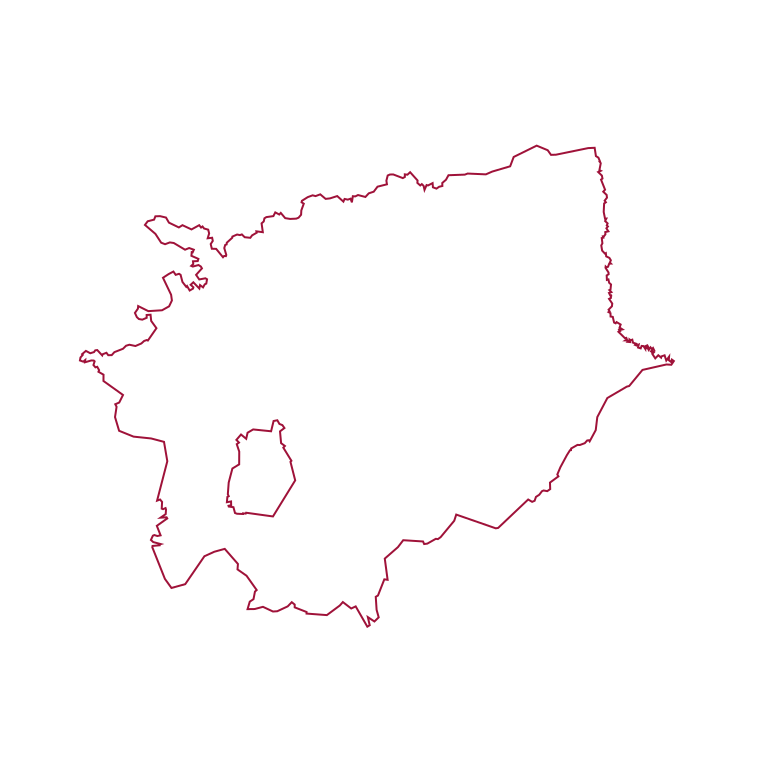 outline of Cesvaines pag., Cesvaines, Latvia, rotated 73°
{"feature_id": "27541924B84614371300280", "entity_name": "Cesvaines pag.", "entity_type": "district", "adm_level": 2, "iso_a3": "LVA", "parent_name": "Latvia", "parent_adm1": "Cesvaines", "projection": "albers", "projection_center": [26.258, 57.009], "detail": "fine", "context": "isolated", "style": "outline", "palette": "rose", "viewbox_px": 768, "rotation_deg": 73, "n_neighbors": 0, "source": "geoboundaries", "source_scale": "gbopen_adm2", "svg_char_len": 6154}
<svg xmlns="http://www.w3.org/2000/svg" viewBox="0 0 768 768"><g transform="rotate(73 384 384)"><path d="M539.7,274.1L536.4,271.7L535.3,267.9L532.7,264.3L532.5,262.5L534.2,259.2L533.1,255.8L526.8,254.1L523.3,244.2L521.2,244.7L515.2,239.7L505.5,229.9L501.7,225.5L501.9,224.5L500.4,223.9L498.8,216.8L499.6,214.6L499.3,209.3L497.4,206.2L497.7,204.5L499.0,204.1L490.0,195.0L478.0,189.7L462.7,174.5L457.5,152.6L457.6,150.1L446.1,132.7L447.9,108.2L449.6,103.6L446.8,100.1L444.8,101.6L446.9,103.0L444.5,104.7L441.2,103.4L444.1,107.2L438.6,107.3L438.7,110.6L439.8,111.3L436.7,113.3L438.8,117.1L433.6,118.6L432.1,115.7L432.1,118.3L430.8,119.1L429.7,116.6L430.2,115.9L428.2,116.2L429.0,117.6L426.9,118.4L428.9,120.9L427.2,121.2L426.3,122.9L424.8,121.9L425.9,120.5L424.0,120.9L424.3,123.2L426.7,123.9L423.6,124.8L422.9,126.5L425.0,128.1L423.4,130.4L420.8,128.9L421.1,131.2L420.0,132.5L419.2,131.1L417.3,133.8L414.2,133.6L414.3,135.3L413.4,136.0L415.9,136.3L414.9,138.7L414.0,137.2L412.9,140.4L412.4,138.7L410.7,138.8L410.6,140.2L402.7,144.5L402.4,142.8L400.8,143.5L399.9,142.3L401.4,141.3L401.5,140.0L398.9,142.2L396.3,140.3L392.8,143.5L393.7,144.7L392.5,146.0L386.7,145.6L385.7,147.6L382.5,146.7L380.9,148.2L380.5,147.0L378.6,147.5L376.3,143.3L373.8,142.2L368.4,143.9L368.0,141.8L366.0,141.3L365.9,140.1L365.3,141.8L362.7,142.2L362.6,139.7L360.1,141.0L359.9,139.8L355.2,137.8L353.0,139.1L349.6,138.8L349.6,140.4L345.3,139.3L344.7,137.1L343.0,136.7L337.6,138.2L336.5,137.7L337.4,137.2L337.4,135.5L334.8,133.5L335.2,131.8L333.9,132.5L332.0,130.9L329.3,131.6L326.9,134.2L323.7,133.6L323.9,134.6L320.2,136.4L315.0,135.7L313.3,134.0L308.1,133.1L308.2,131.4L306.8,131.5L307.0,130.4L305.6,128.5L303.4,128.0L303.6,124.8L300.1,125.8L298.8,123.8L297.5,124.6L295.8,123.2L292.8,124.9L290.8,123.0L290.5,124.3L283.7,123.6L275.7,120.7L275.1,118.7L273.2,119.4L271.0,116.3L268.3,115.8L264.2,118.1L262.8,115.8L252.0,116.7L251.4,115.0L248.4,114.7L243.9,117.2L243.5,114.4L242.5,115.5L236.3,112.2L234.3,112.5L234.4,113.7L233.9,112.4L230.2,112.8L228.0,114.7L219.7,113.5L218.1,119.8L215.0,152.5L213.7,157.3L208.3,159.1L200.7,168.3L204.8,193.6L212.7,199.7L212.5,218.4L213.3,225.3L207.2,242.5L207.4,245.5L203.2,261.3L206.8,265.0L208.8,269.5L211.7,270.3L211.5,273.6L212.5,276.7L210.2,279.7L206.1,278.8L207.0,283.9L206.2,285.1L210.2,288.5L206.1,288.2L203.9,289.4L204.7,291.3L201.4,293.3L199.2,292.4L189.1,297.1L190.7,300.4L189.6,302.8L192.1,303.5L192.6,305.8L186.3,313.9L185.4,317.1L185.7,319.5L190.3,322.3L193.9,322.8L193.4,332.5L197.1,337.6L197.2,342.8L199.7,347.1L195.7,353.6L196.2,356.6L195.3,358.9L200.9,361.6L197.0,361.8L197.1,364.7L195.5,367.6L197.7,369.5L190.6,373.8L190.7,381.4L189.9,385.7L184.0,389.5L184.3,394.5L182.7,397.1L183.0,402.3L184.8,408.9L186.1,409.7L188.1,408.0L193.8,412.3L197.9,413.8L200.0,417.1L200.2,419.6L198.7,425.5L196.5,430.0L190.2,432.7L191.3,434.6L188.1,437.8L191.1,440.7L190.0,447.7L190.6,449.9L193.4,451.5L194.6,454.1L203.4,455.5L200.7,461.4L202.1,461.5L203.3,466.7L205.1,469.1L202.9,474.3L199.4,476.2L199.5,478.2L198.1,480.8L198.7,485.9L199.8,486.4L202.9,493.0L204.5,493.7L204.6,495.2L207.3,497.0L214.5,497.1L215.5,497.8L214.8,499.4L215.7,500.9L205.7,505.0L204.3,509.1L199.5,508.8L197.1,505.9L193.9,505.6L193.1,510.0L188.9,507.2L185.0,507.0L182.7,510.6L180.3,511.5L180.9,513.2L178.1,514.3L179.9,522.9L173.2,530.3L174.3,534.4L166.8,542.5L161.1,543.8L158.0,549.1L156.8,553.6L159.6,555.8L159.3,562.4L162.0,566.1L173.6,558.7L183.7,555.8L186.3,552.5L186.0,547.4L187.7,543.8L197.4,535.0L197.0,530.6L200.0,526.6L202.2,528.5L201.7,529.3L205.1,530.7L210.1,524.9L212.0,526.2L210.8,530.8L213.5,531.3L214.7,533.8L215.8,532.5L216.0,526.6L218.1,524.8L220.2,524.3L224.7,531.8L230.0,530.1L230.7,523.9L232.1,522.6L236.0,524.6L236.3,526.3L238.7,528.8L235.6,531.0L238.7,532.7L231.0,536.6L232.6,539.9L235.8,538.0L236.9,538.7L237.8,542.5L232.7,543.7L233.3,544.7L227.5,546.9L220.1,546.6L218.7,547.8L218.7,551.3L214.9,552.5L215.9,557.8L217.8,564.3L236.4,561.5L242.1,562.4L246.9,566.8L248.6,574.7L245.4,588.1L237.6,596.3L240.0,597.3L243.2,601.4L247.8,600.8L250.2,599.4L251.8,596.3L251.3,591.6L248.6,590.8L249.5,587.0L255.6,588.2L264.1,585.3L273.4,597.1L272.6,598.0L272.7,600.8L274.3,604.2L275.0,610.6L272.0,616.0L272.0,619.5L274.0,623.3L274.7,632.5L276.8,636.0L275.8,639.3L273.0,640.3L273.3,644.3L274.3,645.1L267.7,648.3L267.4,650.3L268.7,652.0L268.7,655.9L265.2,659.4L267.2,664.0L268.1,663.6L269.9,666.5L272.6,667.9L274.7,665.1L273.7,662.7L275.8,663.6L275.9,657.1L276.7,654.7L277.7,654.1L280.9,656.3L283.7,655.1L283.7,653.2L287.5,652.4L288.8,653.5L293.1,649.5L299.1,651.4L318.2,636.8L324.3,642.6L324.8,646.9L327.6,646.4L337.0,650.9L351.3,651.0L361.1,638.9L368.0,622.6L375.0,611.3L394.5,613.8L429.2,635.1L429.0,631.9L431.9,630.7L438.2,633.0L439.1,631.9L438.8,629.2L440.4,629.2L444.6,630.8L446.5,636.8L447.9,630.9L449.2,630.6L453.2,642.7L463.4,641.9L463.1,645.2L461.3,647.8L461.5,649.4L465.0,652.5L467.7,650.9L471.8,644.3L471.8,645.8L472.6,645.8L471.2,652.7L472.4,653.3L506.3,650.5L516.9,646.9L517.3,632.6L496.2,606.1L494.8,595.3L495.1,584.5L513.4,576.3L518.5,578.3L527.2,571.5L543.8,566.0L544.8,568.1L551.6,571.7L552.9,576.0L559.4,580.3L561.4,573.4L561.7,564.9L569.1,556.7L570.1,552.5L568.5,541.1L565.7,536.0L568.8,533.9L571.5,534.7L579.4,524.7L580.9,525.2L588.3,506.2L582.9,491.0L580.5,487.1L589.1,481.0L588.4,476.1L611.2,470.9L610.5,468.2L602.2,467.6L608.3,462.6L605.6,457.3L597.8,457.1L585.1,454.1L584.5,451.6L570.9,440.8L572.3,437.8L551.2,434.3L544.1,418.4L539.0,411.3L546.0,392.7L548.8,392.4L549.3,389.2L547.2,379.7L548.1,377.8L547.0,374.6L535.3,356.8L530.0,353.1L554.7,319.3L555.0,316.9L536.6,279.9L540.0,276.8L539.7,274.1ZM414.3,496.9L415.4,498.9L430.4,495.0L431.1,496.2L450.2,497.1L478.2,528.9L466.8,553.5L467.5,554.1L466.5,556.6L467.1,556.8L465.1,562.5L463.8,564.2L457.8,564.0L455.8,568.3L455.0,568.3L455.2,565.6L451.6,564.6L451.1,568.8L446.2,566.8L445.9,565.3L443.8,565.6L432.8,561.3L420.5,553.7L418.5,546.0L406.3,542.2L398.5,542.4L397.6,539.8L394.3,541.5L390.5,535.5L396.1,531.8L390.7,528.7L389.2,522.4L396.2,505.8L387.1,500.4L387.5,496.6L391.6,495.7L393.6,493.2L397.0,492.1L398.9,497.3L410.5,499.7L414.3,496.9Z" fill="none" stroke="#9f1239" stroke-width="2"/></g></svg>